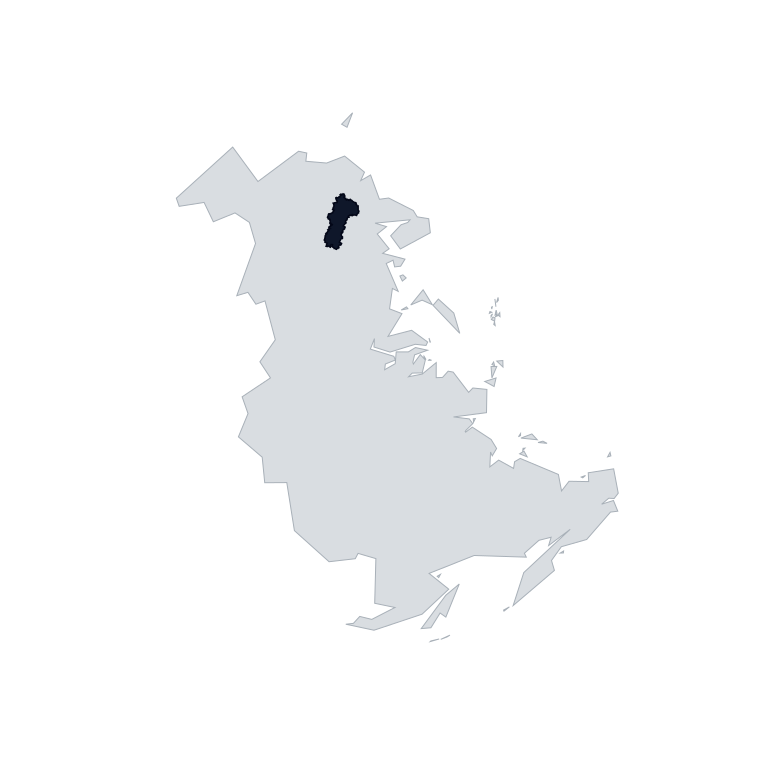 location of Vologda within Russia, rotated 114°
{"feature_id": "RUS-2359", "entity_name": "Vologda", "entity_type": "Region", "adm_level": 1, "iso_a3": "RUS", "parent_name": "Russia", "parent_adm1": "", "projection": "orthographic", "projection_center": [40.382, 60.042], "detail": "fine", "context": "in_parent", "style": "filled", "palette": "ink", "viewbox_px": 768, "rotation_deg": 114, "n_neighbors": 0, "source": "natural_earth", "source_scale": "10m", "svg_char_len": 9103}
<svg xmlns="http://www.w3.org/2000/svg" viewBox="0 0 768 768"><g transform="rotate(114 384 384)"><path d="M613.0,293.0L619.0,321.2L615.1,314.6L606.2,311.6L604.0,299.4L583.7,283.1L588.1,303.3L546.8,320.4L549.3,338.8L555.3,339.2L568.7,361.9L554.4,406.2L513.6,432.7L522.7,452.8L500.4,465.5L491.5,495.5L466.3,496.2L453.4,508.4L424.6,490.2L414.2,506.4L387.8,501.3L356.5,526.5L363.2,533.5L355.6,545.6L363.2,554.4L307.9,558.5L291.1,572.7L288.3,589.7L305.2,605.9L291.3,622.2L305.0,643.4L298.7,649.3L229.1,618.6L250.3,581.5L206.1,556.7L204.4,548.5L212.3,546.0L205.5,526.3L191.8,512.7L198.4,488.0L207.7,488.0L198.5,481.3L217.1,463.3L212.2,455.4L213.6,427.8L217.8,421.7L214.8,410.4L227.0,403.2L254.0,424.0L245.9,438.2L231.6,433.2L226.8,428.0L223.4,427.0L240.7,457.6L239.2,445.7L249.7,451.2L258.4,434.3L265.2,438.4L261.4,415.6L269.6,416.7L272.7,421.9L267.2,426.1L273.0,431.0L293.6,408.7L293.3,415.2L313.1,409.5L312.4,396.2L338.9,399.7L323.7,380.6L327.9,361.2L331.7,361.3L335.0,371.6L352.4,391.5L354.3,408.2L346.4,411.2L357.7,410.7L354.7,386.3L357.5,383.4L365.2,390.9L370.7,389.2L360.9,382.0L349.7,385.9L344.8,374.8L337.9,370.1L335.4,357.9L344.9,367.9L352.4,366.5L353.8,365.3L342.4,362.8L345.3,356.0L358.3,353.6L362.6,362.7L367.4,364.5L359.4,353.1L343.2,345.0L357.0,338.9L354.2,333.2L346.2,330.6L345.0,325.7L357.2,303.3L351.5,301.2L347.1,287.8L368.5,278.7L385.8,307.1L381.2,291.9L384.1,286.8L392.9,290.3L394.4,290.5L394.8,289.8L387.5,285.8L391.1,263.6L397.1,254.9L405.6,255.9L402.8,259.0L416.7,253.6L406.9,248.3L408.4,231.3L401.9,233.1L396.6,229.3L395.7,187.9L409.5,178.3L397.6,175.4L389.9,157.3L382.0,161.3L368.1,139.7L388.5,125.6L395.0,127.2L396.9,132.2L405.3,136.3L397.1,127.0L405.1,118.7L408.9,125.0L443.6,135.6L460.5,155.8L477.1,159.2L485.0,152.5L533.9,175.9L499.4,179.6L441.0,154.8L464.6,167.9L456.0,169.0L463.8,178.9L481.5,186.9L484.3,183.6L504.0,231.9L538.7,265.8L545.1,241.4L578.8,255.6L613.0,293.0ZM306.9,335.4L292.2,371.2L284.3,368.9L290.8,349.1L306.9,335.4ZM536.1,233.9L571.8,232.7L570.4,239.6L587.6,242.0L592.3,250.5L551.8,241.6L536.1,233.9ZM282.0,386.6L291.9,372.1L291.9,383.3L300.9,391.7L282.0,386.6ZM377.7,236.9L369.5,228.6L372.6,221.3L377.7,236.9ZM322.1,288.1L334.5,287.9L324.5,293.3L322.1,288.1ZM314.2,285.0L320.1,282.2L317.2,290.3L314.2,285.0ZM332.9,284.1L341.5,282.4L340.7,293.0L332.9,284.1ZM374.8,219.5L371.6,215.6L371.9,210.9L374.8,219.5ZM149.0,523.0L164.5,522.2L163.9,528.4L149.0,523.0ZM264.5,315.2L267.9,313.2L261.2,317.3L264.5,315.2ZM388.4,228.8L392.3,223.6L392.6,231.7L388.4,228.8ZM282.5,409.1L278.9,413.4L276.6,411.1L278.1,406.9L282.5,409.1ZM270.9,311.6L273.7,309.4L275.8,310.6L270.9,311.6ZM281.6,308.5L281.4,312.2L278.5,311.7L278.4,309.5L281.6,308.5ZM284.9,308.0L282.1,308.4L285.4,306.2L284.9,308.0ZM305.5,392.8L309.4,398.4L304.4,394.8L305.5,392.8ZM322.3,290.4L322.3,293.3L319.3,292.8L322.3,290.4ZM271.7,307.3L275.3,305.4L274.6,308.0L271.7,307.3ZM357.4,147.5L359.6,150.1L354.5,149.7L357.4,147.5ZM261.0,313.6L263.8,314.3L258.5,315.0L261.0,313.6ZM327.0,359.1L323.7,361.6L326.8,358.7L327.0,359.1ZM378.4,286.5L382.5,286.7L379.5,288.3L378.4,286.5ZM385.6,162.7L388.9,164.3L388.8,166.0L385.6,162.7ZM278.0,314.1L275.7,313.4L279.1,313.5L278.0,314.1ZM275.4,307.9L277.4,309.8L274.6,309.0L275.4,307.9ZM586.6,221.6L589.4,223.5L594.2,228.3L586.6,221.6ZM274.6,314.7L276.6,316.5L274.7,316.7L274.6,314.7ZM344.6,355.5L343.0,358.6L342.3,358.8L344.6,355.5ZM465.4,151.4L466.8,154.3L463.5,152.0L465.4,151.4ZM385.2,229.1L388.3,230.2L386.2,230.8L385.2,229.1ZM534.9,255.0L538.6,255.3L538.0,257.2L534.9,255.0ZM536.6,178.8L542.7,182.0L541.9,182.8L536.6,178.8ZM271.7,316.0L270.1,317.1L269.4,316.5L271.7,316.0ZM343.0,350.2L344.2,352.9L343.2,352.6L343.0,350.2ZM375.6,238.3L377.5,239.7L373.7,239.1L375.6,238.3ZM599.7,236.7L594.5,229.9L600.5,237.0L599.7,236.7Z" fill="#d9dde1" stroke="#a8b0b8" stroke-width="1"/><path d="M241.2,477.6L241.3,478.0L241.2,478.5L241.3,478.9L241.5,479.2L241.5,479.7L241.7,479.9L241.8,480.3L241.9,480.9L242.2,481.0L242.4,480.8L242.8,481.1L242.6,481.3L242.6,481.6L242.8,482.0L242.7,482.4L242.9,482.9L243.3,483.0L243.5,482.7L243.7,483.3L243.7,483.9L244.4,484.0L244.6,484.7L244.7,484.8L245.3,484.8L245.5,484.4L245.8,484.3L246.0,484.0L246.3,484.7L246.9,485.1L246.9,485.4L247.0,485.2L246.9,484.9L247.4,484.9L247.7,485.1L247.9,484.9L248.9,484.6L249.1,484.7L249.4,484.7L250.0,485.4L250.4,485.4L250.6,485.2L251.1,485.2L251.4,485.0L251.9,484.9L252.1,484.7L252.0,484.4L252.2,484.2L252.5,484.5L252.7,484.8L253.1,484.7L253.3,484.5L253.5,484.5L253.6,484.3L253.6,484.6L253.8,484.8L254.9,485.4L255.7,485.4L255.8,485.3L256.1,485.4L256.1,485.0L256.4,484.2L256.3,483.6L256.9,483.2L257.4,483.3L257.5,483.6L257.9,483.5L258.0,483.2L258.3,483.1L258.5,483.2L258.7,483.3L258.5,483.5L259.0,483.7L260.6,484.3L260.9,484.1L261.3,484.1L261.3,483.7L261.7,483.4L262.4,483.4L262.7,483.8L262.8,484.1L263.1,484.3L263.1,484.5L263.4,484.4L263.8,483.8L264.1,484.0L265.3,484.1L265.4,483.4L266.3,482.9L266.2,482.7L266.3,482.5L266.4,481.8L266.6,481.7L266.8,481.8L267.1,481.6L267.4,481.5L267.5,481.3L267.7,481.2L268.0,481.2L268.0,482.0L269.3,482.3L272.6,482.5L272.8,479.9L273.0,479.8L274.7,480.0L274.8,480.1L274.7,481.0L275.2,481.3L277.0,481.5L277.1,481.2L277.4,481.1L277.5,480.9L277.8,480.6L278.2,481.1L278.9,481.2L279.0,481.8L279.6,482.0L279.8,482.2L280.3,482.2L280.4,482.5L280.3,483.4L280.1,483.9L280.3,484.1L280.4,484.4L280.5,484.6L280.2,484.8L280.1,485.0L279.8,485.3L279.9,485.6L279.8,485.9L279.7,486.3L279.8,486.5L279.7,486.8L279.5,487.5L279.4,487.5L279.0,487.4L278.5,487.6L278.1,487.5L277.8,487.7L277.6,487.7L277.6,487.8L277.8,488.1L278.0,488.7L278.0,488.8L278.1,489.0L278.4,488.9L278.6,488.9L279.0,489.2L279.3,489.1L279.5,489.2L280.0,489.1L280.3,488.6L280.9,488.6L280.9,488.8L280.6,491.0L280.7,491.4L280.8,491.6L281.5,491.7L281.6,492.0L281.7,493.0L280.6,492.9L280.3,493.0L280.1,493.2L278.5,493.1L278.5,494.3L278.5,494.7L278.5,495.6L277.7,495.7L277.6,496.0L277.1,496.1L276.9,496.6L276.9,497.1L276.7,497.2L276.0,497.2L275.7,497.1L275.0,497.3L274.8,497.4L274.6,497.3L274.3,497.2L274.0,497.5L273.0,497.5L272.9,497.6L272.8,498.0L272.6,498.0L269.9,497.9L269.7,498.1L269.4,497.9L269.1,497.8L268.9,497.4L267.9,497.6L267.4,497.3L267.1,497.3L267.0,497.2L266.7,497.3L266.3,497.8L266.1,498.0L266.0,497.8L266.0,497.4L265.9,497.2L265.9,496.9L265.2,497.2L265.2,497.3L265.3,497.6L265.2,497.7L264.4,497.3L264.2,497.0L264.2,497.3L263.8,497.8L263.3,497.9L263.1,498.2L262.8,498.1L262.6,497.7L262.2,497.6L262.2,497.3L262.1,497.1L261.9,496.9L260.8,497.1L260.7,497.3L260.1,497.0L260.0,496.8L260.0,496.2L259.4,496.0L259.2,496.4L259.2,497.0L259.1,497.4L259.6,497.6L259.6,498.3L259.4,498.7L259.0,498.7L258.7,499.0L258.1,498.7L257.9,499.1L257.1,499.4L257.0,499.6L256.3,500.2L256.1,499.9L255.6,500.1L255.5,500.4L255.6,500.6L255.9,500.6L255.9,500.9L255.9,501.0L255.6,501.1L255.6,501.3L255.4,501.5L255.8,502.1L255.1,502.8L255.0,503.0L254.5,503.3L254.5,503.5L253.4,503.4L253.1,503.2L252.9,503.4L252.7,503.6L251.8,503.7L251.6,503.8L251.0,503.7L250.8,503.3L250.7,502.7L250.4,502.6L250.3,502.2L250.2,501.9L249.6,501.8L249.4,501.4L248.9,501.1L248.5,500.6L248.2,500.9L247.5,500.6L247.2,500.4L246.8,500.5L246.3,500.2L245.9,500.3L245.5,500.2L245.5,500.3L245.5,500.5L245.4,500.7L245.7,500.8L245.8,501.1L245.3,501.5L245.4,501.9L245.4,502.0L245.1,502.0L245.0,501.9L244.3,501.9L244.2,501.7L243.8,501.6L243.7,501.9L243.4,502.2L241.5,501.9L241.3,502.2L241.0,502.7L240.7,502.9L240.4,502.8L240.0,502.8L239.7,503.7L239.5,504.0L239.1,503.5L238.9,503.2L238.7,503.0L238.4,502.7L237.6,501.5L237.6,501.0L237.3,500.6L237.1,500.6L236.7,500.9L236.1,500.8L235.8,501.1L235.9,501.5L235.7,501.8L235.4,501.7L235.4,502.0L235.2,502.0L235.1,502.4L234.8,502.8L234.5,502.9L234.4,502.9L234.5,503.1L234.4,503.3L233.6,503.6L233.4,503.3L233.2,503.3L233.1,503.5L232.9,503.3L233.0,502.9L233.1,502.6L232.8,502.5L232.8,502.3L232.7,501.8L232.2,501.5L232.0,501.3L231.3,501.3L231.2,501.1L231.4,501.0L231.0,500.5L230.8,500.7L230.6,500.7L229.6,500.3L229.2,500.6L229.0,501.0L228.7,500.7L228.8,500.4L228.3,500.5L228.5,499.8L228.6,499.6L228.4,499.4L228.0,499.6L228.0,499.3L227.7,499.3L227.6,499.1L227.1,498.9L227.4,498.4L227.1,498.3L226.8,498.1L226.8,497.8L227.1,497.8L227.1,497.5L227.7,496.7L227.8,496.6L227.8,496.8L228.2,496.7L228.9,496.6L229.2,496.4L229.8,496.4L229.8,496.2L229.6,496.1L229.7,495.8L230.0,495.8L230.2,495.4L230.0,495.1L229.9,494.9L229.6,494.7L230.4,494.8L230.5,494.7L230.2,494.4L230.5,494.2L230.6,493.3L230.9,493.6L231.2,493.4L231.2,493.0L231.1,492.9L230.4,493.0L230.2,492.8L230.1,492.0L230.2,491.4L230.3,491.1L230.6,491.0L230.4,490.5L229.6,490.3L229.5,490.2L229.0,490.0L229.0,489.9L229.4,489.5L229.4,489.3L229.3,489.0L229.4,487.9L229.8,487.3L230.0,486.4L230.1,485.1L230.1,484.5L230.1,484.3L230.0,484.2L230.0,483.9L229.8,483.7L229.8,483.4L230.2,483.0L230.4,482.8L231.1,482.8L231.2,482.7L231.4,482.3L231.4,482.0L231.4,481.8L232.0,481.1L232.1,480.9L232.3,480.6L232.3,480.3L232.0,480.0L235.7,478.3L236.2,477.3L236.5,477.1L237.4,477.3L238.0,476.8L238.7,477.3L239.1,477.4L239.1,477.7L241.2,477.6ZM242.4,482.1L242.5,482.0L242.3,481.8L242.2,481.8L242.1,482.0L242.4,482.1ZM270.3,497.9L270.4,497.7L270.2,497.4L270.1,497.5L270.3,497.9Z" fill="#0f172a" stroke="#020617" stroke-width="1.5"/></g></svg>